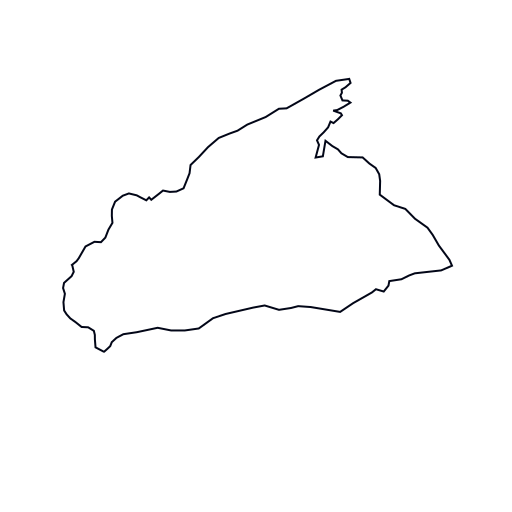 Kouklia Pafou, Paphos, Cyprus, rotated 321°
{"feature_id": "46923920B78543602896298", "entity_name": "Kouklia Pafou", "entity_type": "district", "adm_level": 2, "iso_a3": "CYP", "parent_name": "Cyprus", "parent_adm1": "Paphos", "projection": "robinson", "projection_center": [32.607, 34.692], "detail": "fine", "context": "isolated", "style": "outline", "palette": "ink", "viewbox_px": 512, "rotation_deg": 321, "n_neighbors": 0, "source": "geoboundaries", "source_scale": "gbopen_adm2", "svg_char_len": 1777}
<svg xmlns="http://www.w3.org/2000/svg" viewBox="0 0 512 512"><g transform="rotate(321 256 256)"><path d="M77.4,234.4L77.8,234.8L82.1,234.6L86.0,234.3L89.7,232.2L96.1,231.8L103.7,233.3L115.4,240.2L134.4,249.9L143.3,260.6L153.7,269.0L165.9,276.3L183.5,277.3L195.8,281.9L221.3,294.3L231.6,299.9L240.0,312.3L250.6,318.5L257.2,321.5L266.4,330.1L286.2,352.4L302.0,353.8L323.2,357.3L328.3,357.3L332.9,364.0L340.3,362.4L343.8,359.4L354.4,365.6L362.8,367.5L368.5,369.4L379.9,376.7L390.8,383.7L402.2,386.9L403.9,380.7L404.7,362.9L406.6,350.8L407.1,341.9L406.1,338.3L403.0,327.1L401.7,313.4L395.2,303.4L390.8,286.2L399.7,275.8L403.2,270.0L404.4,262.9L402.3,255.5L400.9,246.5L389.6,236.9L387.0,229.9L386.8,224.7L384.5,218.6L382.5,210.2L370.7,220.6L364.3,217.0L374.9,209.3L376.2,204.5L380.5,203.0L386.4,202.5L393.0,201.4L398.5,198.4L399.9,201.5L405.7,201.3L411.4,200.7L411.7,198.5L407.5,191.6L411.0,193.7L417.7,195.1L425.9,196.2L425.1,193.1L421.1,189.5L422.6,184.4L425.5,183.2L427.2,180.6L431.7,181.2L438.4,181.0L439.9,177.0L439.5,176.8L428.4,170.2L409.5,166.5L392.0,163.8L372.7,160.5L367.3,156.6L366.5,156.0L351.0,154.1L332.0,148.4L320.5,147.0L312.5,144.2L301.3,140.8L287.2,141.2L273.9,143.1L262.4,144.1L256.4,149.9L250.4,153.3L242.3,157.8L234.7,155.8L229.4,152.0L224.9,146.6L220.0,146.6L210.0,146.4L209.8,143.2L205.8,143.7L202.9,137.2L201.5,133.8L196.6,127.4L190.4,125.3L184.8,125.2L180.7,125.1L173.3,129.2L169.2,134.1L165.3,139.9L158.0,142.6L150.5,146.9L144.2,147.7L139.4,143.3L129.5,141.3L116.8,146.2L113.3,147.1L107.3,147.1L107.3,147.7L104.4,153.6L100.0,155.6L89.9,156.1L85.9,159.5L83.7,165.1L77.3,170.7L72.6,177.6L72.1,182.2L72.4,187.6L74.1,193.7L75.8,201.4L80.7,205.8L82.9,212.1L81.1,215.9L78.4,219.3L73.8,226.0L77.4,234.4Z" fill="none" stroke="#020617" stroke-width="2"/></g></svg>